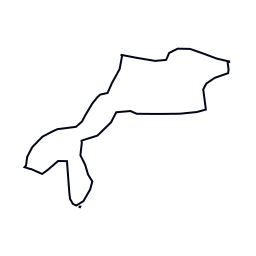 Sayat, Chardzhou, Turkmenistan (Robinson projection), rotated 355°
{"feature_id": "10190150B8136820559785", "entity_name": "Sayat", "entity_type": "district", "adm_level": 2, "iso_a3": "TKM", "parent_name": "Turkmenistan", "parent_adm1": "Chardzhou", "projection": "robinson", "projection_center": [65.56, 38.029], "detail": "fine", "context": "isolated", "style": "outline", "palette": "ink", "viewbox_px": 256, "rotation_deg": 355, "n_neighbors": 0, "source": "geoboundaries", "source_scale": "gbopen_adm2", "svg_char_len": 1116}
<svg xmlns="http://www.w3.org/2000/svg" viewBox="0 0 256 256"><g transform="rotate(355 128 128)"><path d="M116.0,81.7L110.7,91.3L103.2,92.3L100.0,94.8L94.4,100.7L86.5,111.7L85.0,114.0L82.8,117.5L76.3,122.3L57.8,123.0L53.3,124.5L42.0,129.2L37.9,132.7L31.3,138.4L30.1,140.0L25.1,147.9L24.4,150.8L23.2,156.3L21.5,158.0L27.0,160.3L28.1,160.5L29.2,161.2L38.5,166.3L44.3,162.8L54.9,155.2L55.5,154.8L64.3,155.7L63.9,187.5L64.1,193.6L66.5,198.8L69.7,200.7L77.2,197.0L84.9,186.0L87.8,178.1L85.1,172.8L84.1,170.7L82.1,160.9L78.2,151.0L80.7,138.7L80.6,136.6L81.1,136.4L96.9,132.9L111.8,120.7L112.6,119.3L117.2,112.0L117.3,112.0L117.7,111.3L132.1,111.3L132.6,111.7L138.0,114.6L148.3,115.6L159.9,116.7L180.9,118.3L197.9,118.1L207.2,116.4L206.3,96.2L207.9,93.6L210.0,90.5L216.4,86.9L218.8,85.6L232.5,82.1L233.3,78.5L232.9,70.0L222.5,66.6L207.6,59.5L196.5,54.6L184.4,53.3L175.6,56.8L171.9,63.5L160.8,63.5L141.8,58.6L127.1,54.4L128.5,55.2L124.9,68.3L121.3,73.9L119.7,76.2L116.0,81.7ZM73.5,202.2L72.1,202.1L73.2,202.7L73.5,202.2ZM232.9,70.0L234.5,70.8L234.5,70.5L232.9,70.0Z" fill="none" stroke="#020617" stroke-width="2"/></g></svg>